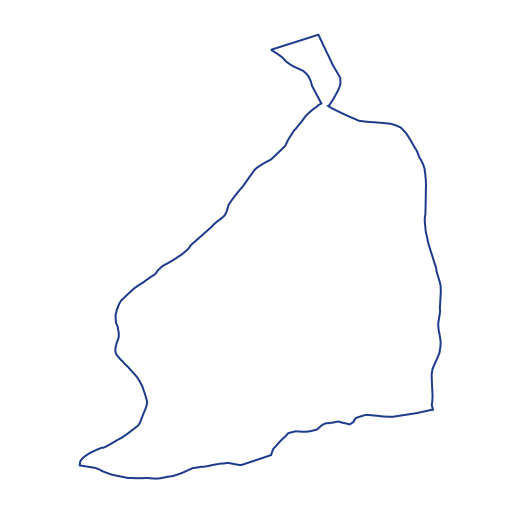 outline of Cap Estate/Golf Park, Gros Islet, Saint Lucia, rotated 268°
{"feature_id": "8701671B13840593777950", "entity_name": "Cap Estate/Golf Park", "entity_type": "district", "adm_level": 2, "iso_a3": "LCA", "parent_name": "Saint Lucia", "parent_adm1": "Gros Islet", "projection": "robinson", "projection_center": [-60.937, 14.101], "detail": "fine", "context": "isolated", "style": "outline", "palette": "blue", "viewbox_px": 512, "rotation_deg": 268, "n_neighbors": 0, "source": "geoboundaries", "source_scale": "gbopen_adm2", "svg_char_len": 5762}
<svg xmlns="http://www.w3.org/2000/svg" viewBox="0 0 512 512"><g transform="rotate(268 256 256)"><path d="M475.0,326.1L461.8,279.0L461.2,278.7L457.8,283.8L453.8,288.9L453.1,289.5L449.0,293.2L445.0,298.6L442.3,303.7L439.4,309.6L438.7,310.3L436.4,312.7L433.5,314.9L428.2,317.0L424.1,317.9L409.3,325.1L406.1,326.7L405.7,325.8L404.5,323.6L403.1,321.9L401.7,319.8L400.6,318.1L399.1,316.2L396.9,313.5L394.2,310.6L391.7,308.6L389.0,306.5L386.8,304.6L384.3,302.3L382.0,300.4L379.7,298.1L376.6,296.0L373.3,293.7L370.3,291.8L367.0,290.0L364.9,289.0L352.8,275.4L351.7,273.9L350.2,270.7L347.8,266.0L345.1,261.4L343.0,258.5L339.3,255.4L334.9,252.0L330.9,249.0L326.3,245.5L322.6,242.1L319.9,239.7L315.9,236.3L312.5,233.6L308.2,230.5L301.6,228.2L298.4,226.6L296.5,224.9L292.1,218.8L289.9,215.9L287.0,212.9L286.4,212.3L269.4,191.6L268.0,190.5L266.6,189.5L264.9,187.9L263.8,186.4L262.5,184.9L260.8,182.7L259.2,180.5L258.1,178.3L256.7,176.4L255.4,173.9L254.1,171.9L253.1,169.9L252.2,168.2L251.2,166.4L250.9,165.4L249.3,162.4L247.9,160.5L245.7,158.2L244.3,156.7L242.9,156.0L241.4,154.5L239.9,152.2L238.3,149.4L236.7,147.1L235.4,144.9L233.5,142.4L231.9,139.5L230.7,137.4L229.3,135.3L227.9,133.1L225.5,130.3L225.2,129.9L217.2,120.8L215.9,119.5L214.7,118.7L213.3,117.8L211.6,117.0L210.1,116.3L208.9,116.1L207.6,115.0L205.5,114.7L203.9,114.1L201.9,113.6L200.4,113.6L197.0,113.6L194.4,113.7L193.2,114.2L191.5,114.8L190.0,115.3L187.9,115.5L184.7,116.1L183.9,116.1L181.4,116.1L180.2,116.0L178.3,115.5L177.0,115.0L175.3,114.3L174.5,113.8L172.5,113.3L169.8,112.6L169.3,112.4L167.3,112.2L165.3,112.1L163.6,112.5L162.6,113.1L160.8,114.1L160.1,114.8L159.1,115.6L158.2,116.2L157.3,117.0L156.5,117.8L155.2,119.1L153.2,120.7L149.6,124.2L146.3,126.9L142.3,130.3L139.2,132.9L134.7,135.4L129.4,138.0L125.7,139.0L121.3,140.4L116.9,141.5L114.2,142.1L111.3,141.7L107.5,140.3L106.6,140.0L101.5,137.6L97.3,135.9L93.3,134.1L90.8,132.5L81.9,120.0L80.9,118.2L79.6,116.4L78.6,114.4L77.6,112.3L75.7,108.7L74.6,106.8L73.6,104.8L72.4,102.7L71.1,100.0L70.4,98.5L69.6,96.3L69.8,95.1L69.6,94.6L68.8,92.7L68.4,91.5L68.0,90.2L67.2,88.5L66.5,86.6L65.9,85.4L65.4,84.2L64.6,82.7L63.7,81.1L62.8,79.7L61.7,77.8L60.7,76.6L59.5,75.3L58.4,74.2L57.8,73.8L56.0,72.9L54.5,72.8L54.1,72.7L52.9,72.5L49.8,88.1L49.4,89.0L48.8,90.6L47.8,92.5L47.1,93.7L46.5,94.6L45.8,96.2L44.8,98.5L44.1,100.4L43.2,102.3L42.6,104.1L42.3,105.0L38.6,120.3L38.6,122.4L38.2,127.0L38.1,129.9L38.0,132.2L37.9,135.8L38.1,138.4L37.9,140.4L37.5,142.9L37.2,145.8L37.0,148.6L37.1,151.5L37.5,154.4L38.0,157.4L38.5,160.1L38.7,162.8L39.1,165.5L39.6,167.5L40.5,170.5L41.3,173.1L42.7,176.8L43.8,179.5L45.0,182.2L45.5,183.7L46.2,185.0L46.3,186.9L46.9,191.1L47.2,193.7L47.2,196.2L47.4,197.7L47.5,199.2L47.8,201.1L48.2,202.9L48.6,205.0L48.8,206.5L49.1,208.6L49.4,210.9L49.8,214.2L49.7,216.3L50.2,219.7L50.2,221.1L49.7,223.0L49.5,224.0L48.6,228.0L47.8,231.7L47.6,234.1L56.5,264.1L58.6,264.9L62.3,266.3L65.9,269.7L70.7,274.4L74.1,278.3L76.5,280.8L77.9,282.1L79.4,289.6L79.2,291.9L79.0,293.8L78.8,295.7L78.7,297.7L78.6,300.3L79.0,304.1L79.8,307.8L80.1,309.6L80.4,310.7L80.9,311.5L81.7,312.3L83.2,314.2L84.1,315.2L85.2,317.1L86.0,318.9L86.4,319.9L86.4,322.0L86.4,323.3L86.7,324.8L86.8,326.7L87.0,328.3L87.4,329.8L87.6,331.5L87.6,333.0L86.5,336.0L85.4,340.7L84.6,343.0L84.5,343.9L85.4,345.4L86.4,347.0L87.0,347.9L88.5,348.5L90.0,349.6L90.7,350.5L91.3,352.3L91.8,354.2L92.3,356.0L92.8,357.7L93.1,358.9L93.3,360.6L93.3,361.7L93.1,363.6L92.9,365.5L92.4,368.7L92.0,372.3L91.6,374.6L91.3,376.9L91.1,378.0L90.5,386.6L93.4,411.3L96.2,426.4L96.1,427.4L98.0,427.1L99.6,426.8L100.7,426.5L101.3,426.5L103.5,426.9L103.8,427.0L104.5,427.1L107.3,427.4L109.7,427.5L111.7,427.6L113.8,427.5L115.5,427.5L121.1,427.4L128.3,427.4L130.2,427.4L131.2,427.4L133.6,427.8L135.5,428.2L136.0,428.3L136.5,428.3L139.2,429.5L141.1,430.4L142.8,431.2L143.4,431.5L144.0,431.8L146.3,433.0L149.2,434.4L151.5,435.4L152.6,435.9L153.6,436.1L156.8,436.7L158.9,437.2L160.9,437.3L163.3,437.5L164.6,437.6L165.8,437.3L168.4,437.1L168.9,437.0L169.6,436.9L171.0,436.7L174.0,436.3L175.4,435.9L175.9,435.9L176.7,435.9L181.2,435.7L181.8,435.7L187.6,436.8L191.6,437.6L193.8,438.0L194.3,438.0L194.9,438.1L195.8,438.0L196.9,438.0L198.3,437.9L200.1,438.2L205.7,438.7L212.0,439.3L214.8,439.5L215.6,439.5L217.3,439.5L217.7,439.4L219.9,439.5L220.7,439.3L224.2,438.6L225.2,438.3L230.2,437.0L233.9,436.0L234.8,435.8L236.2,435.8L236.7,435.7L238.0,435.5L241.3,434.6L245.4,433.4L248.5,432.6L251.3,431.8L254.7,430.8L257.3,430.1L259.2,429.6L260.0,429.4L261.6,428.9L262.1,428.8L262.6,428.7L263.1,428.7L264.0,428.4L264.7,428.2L266.5,428.0L267.2,427.9L268.4,427.7L269.1,427.5L269.6,427.4L271.7,427.1L272.5,426.8L273.1,426.7L274.7,426.5L277.8,426.3L282.1,426.0L286.0,425.9L287.2,425.9L290.8,426.5L292.3,426.8L294.7,426.9L296.3,427.0L297.2,427.1L308.8,427.7L316.2,428.1L317.0,428.1L321.1,428.4L321.9,428.4L323.9,428.3L326.7,428.4L327.7,428.2L330.1,428.1L331.5,428.1L332.6,427.9L333.9,427.8L334.6,427.7L335.1,427.7L335.7,427.6L336.4,427.6L336.8,427.6L337.7,427.4L339.8,426.8L342.2,426.1L347.8,423.4L348.5,423.0L349.3,422.6L349.8,422.4L355.0,420.6L357.9,419.0L358.8,418.5L361.7,416.9L366.5,414.4L369.8,412.5L371.2,411.7L372.9,410.7L373.4,410.3L373.8,410.1L379.3,405.2L381.7,400.3L382.6,397.7L383.5,395.0L384.7,386.1L385.3,380.8L386.0,373.9L386.5,370.2L386.6,369.2L387.6,363.4L389.2,360.3L391.0,356.3L394.1,350.0L397.7,343.1L399.9,339.0L400.6,337.5L403.0,333.9L403.5,333.3L403.9,334.2L404.2,334.5L407.0,336.5L407.9,337.2L409.3,338.2L412.7,340.3L415.5,342.0L420.3,344.6L421.7,345.2L422.9,345.7L423.6,345.9L424.4,346.3L426.9,346.4L430.9,346.5L433.2,345.3L435.8,344.0L439.9,341.7L443.6,339.7L445.7,338.7L446.3,338.5L454.3,335.1L458.0,333.3L460.5,332.4L464.2,330.7L465.9,330.0L475.0,326.1Z" fill="none" stroke="#1e3a8a" stroke-width="2"/></g></svg>